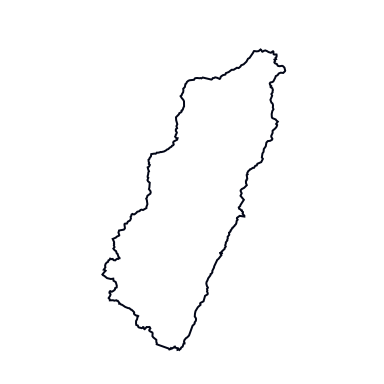 outline of Mueang Pan, Lampang, Thailand, rotated 16°
{"feature_id": "78962969B66536016204177", "entity_name": "Mueang Pan", "entity_type": "district", "adm_level": 2, "iso_a3": "THA", "parent_name": "Thailand", "parent_adm1": "Lampang", "projection": "albers", "projection_center": [99.445, 18.803], "detail": "fine", "context": "isolated", "style": "outline", "palette": "ink", "viewbox_px": 384, "rotation_deg": 16, "n_neighbors": 0, "source": "geoboundaries", "source_scale": "gbopen_adm2", "svg_char_len": 6053}
<svg xmlns="http://www.w3.org/2000/svg" viewBox="0 0 384 384"><g transform="rotate(16 192 192)"><path d="M253.7,109.3L254.9,107.1L255.3,105.9L255.4,104.1L254.1,103.4L255.1,100.7L253.6,100.1L252.4,99.2L248.9,98.8L248.1,98.0L247.1,95.1L246.9,92.0L247.5,90.0L246.4,88.5L246.1,86.7L245.5,85.4L244.8,84.6L243.7,84.2L242.0,81.8L242.5,77.3L241.3,76.0L242.0,74.0L241.6,72.7L241.7,71.7L240.5,70.0L238.7,69.6L238.5,69.3L239.0,68.3L237.4,67.4L236.8,66.1L237.2,65.1L238.7,64.3L239.7,63.3L240.5,59.3L240.6,57.5L242.1,56.1L242.7,54.2L244.3,52.9L246.9,52.4L248.1,50.2L248.1,49.6L246.6,47.0L244.9,46.0L243.8,45.9L241.6,46.9L240.2,47.1L239.4,46.8L238.5,45.7L236.4,45.4L235.5,44.8L235.4,44.0L235.8,43.2L234.8,42.0L236.2,41.1L235.3,40.1L236.0,38.7L235.6,37.0L235.3,36.5L233.1,37.2L232.6,37.1L232.2,36.7L231.6,34.7L231.2,34.4L230.8,34.6L229.5,36.4L227.0,36.4L225.3,35.9L223.5,35.7L222.3,36.4L221.1,37.7L220.5,37.6L219.4,36.4L218.6,36.1L217.2,38.2L215.4,39.0L213.2,39.3L212.6,39.6L212.4,41.1L210.4,47.2L209.1,48.5L208.4,51.7L206.4,55.1L204.4,56.6L204.0,58.1L202.7,60.0L200.9,60.2L198.4,63.0L196.4,63.6L194.2,66.6L191.8,68.4L191.7,69.9L189.5,71.2L188.3,72.6L187.9,73.4L187.8,75.2L187.4,75.7L184.7,75.3L182.7,75.4L181.5,76.5L180.6,76.8L180.2,78.1L179.6,78.6L170.8,79.0L169.7,80.2L168.9,80.1L167.8,80.6L165.4,81.0L164.0,81.6L163.4,82.1L163.0,83.6L159.0,85.2L157.9,86.0L156.8,87.6L156.5,89.4L155.9,90.1L156.2,93.0L155.1,95.2L155.7,96.6L156.0,98.6L155.4,100.5L155.4,101.7L154.6,103.0L156.5,104.7L158.1,105.7L159.3,107.0L160.8,112.0L160.5,112.9L160.4,115.5L159.5,116.6L159.9,117.5L159.3,118.6L158.1,119.7L158.0,120.9L156.0,124.6L157.0,127.4L159.2,130.9L158.9,133.0L160.1,134.8L159.3,135.9L159.3,136.7L159.7,137.8L161.0,138.9L161.1,139.3L160.9,140.6L160.6,141.2L160.8,142.0L160.5,143.4L161.6,144.3L162.4,144.5L163.3,144.3L163.3,145.8L160.4,148.6L160.3,149.7L161.3,151.3L161.1,152.2L160.1,153.0L159.7,154.2L158.3,155.6L157.4,157.3L156.4,157.9L155.6,159.1L154.0,160.7L151.5,162.1L150.5,162.3L150.0,162.8L148.3,163.7L147.4,163.8L146.6,165.2L145.2,165.5L142.4,166.8L142.7,169.1L141.9,171.1L141.9,172.1L141.3,173.0L142.0,174.9L142.8,175.8L142.7,176.9L144.0,177.6L143.7,179.4L142.6,180.5L144.0,182.9L145.0,184.0L144.6,185.0L145.0,187.1L145.0,189.1L145.4,190.1L146.1,190.4L145.9,192.8L146.9,193.9L148.8,194.7L149.8,199.5L149.8,201.1L151.8,202.6L152.4,203.7L152.4,205.1L150.2,207.9L150.2,209.9L149.8,211.0L150.8,212.2L152.5,216.0L152.3,218.9L152.6,220.0L149.9,222.8L148.3,222.9L147.4,223.5L146.9,224.8L144.8,226.1L144.3,227.3L142.9,229.3L141.8,229.6L140.8,229.5L140.1,230.3L140.2,231.8L139.8,232.7L140.6,234.3L140.3,236.4L138.5,238.2L138.2,240.2L136.3,240.9L136.0,241.3L136.1,242.1L137.5,245.2L137.3,246.1L136.8,247.0L132.5,249.1L132.5,251.3L134.0,253.5L134.0,253.9L131.9,255.8L131.4,256.8L128.7,259.0L131.0,261.7L131.1,263.0L131.6,263.5L131.5,264.7L132.7,266.3L132.0,268.1L133.7,269.3L135.3,269.8L136.6,271.8L137.5,272.0L139.1,274.5L140.4,275.2L140.6,275.7L139.8,276.1L139.5,276.7L138.5,276.8L137.6,277.9L137.0,278.9L135.4,279.1L134.2,278.2L133.3,278.7L131.7,278.6L131.4,280.0L130.5,280.8L130.6,282.2L129.4,283.4L128.7,285.2L128.8,286.9L129.5,288.3L128.6,291.0L129.6,291.0L130.7,291.5L129.8,293.1L128.6,296.0L129.3,296.5L130.8,296.8L134.1,298.2L138.0,298.0L140.2,297.0L141.0,298.9L143.5,299.6L145.5,302.7L145.9,304.5L144.6,305.6L144.8,307.0L143.8,308.6L142.4,310.0L140.7,309.8L140.3,310.5L140.4,311.7L141.2,312.0L142.0,313.1L141.8,314.8L141.1,316.9L142.6,317.9L142.9,318.8L146.0,317.8L147.2,317.9L149.3,316.9L150.1,317.3L150.7,317.1L152.3,318.3L152.9,319.5L153.7,319.1L155.0,319.8L155.9,319.7L159.5,320.9L162.6,321.2L163.9,321.0L165.7,321.9L166.3,321.8L169.2,323.3L169.7,323.9L169.7,324.8L170.3,325.5L172.7,326.2L173.9,325.9L174.5,326.1L174.1,327.6L174.3,329.4L173.8,331.4L174.5,334.0L175.1,335.2L176.7,335.3L177.8,336.7L178.8,336.9L179.2,336.7L181.0,336.8L181.8,336.3L182.1,335.4L182.6,335.3L183.6,336.7L184.3,336.9L185.6,334.3L187.3,333.9L188.1,333.5L188.8,333.7L189.6,334.7L189.0,336.0L189.1,337.0L190.1,337.5L192.6,338.0L193.1,338.7L193.7,341.5L194.8,342.4L198.4,343.9L199.1,346.1L199.8,346.9L200.0,348.1L212.8,348.9L213.6,349.6L214.3,349.1L214.7,348.1L215.1,348.4L215.4,347.8L216.0,347.9L216.6,347.1L217.8,346.4L217.7,345.6L218.2,345.3L219.0,346.2L221.8,346.1L221.9,346.4L221.3,347.0L221.6,347.8L222.5,347.3L222.7,346.9L223.4,347.2L223.6,346.5L224.2,346.1L224.5,344.5L225.6,343.2L225.7,340.1L226.6,339.7L226.4,339.0L225.6,338.2L225.5,336.6L226.4,334.3L227.5,333.0L228.7,330.8L229.4,320.4L230.6,318.4L230.8,317.7L230.5,316.6L231.2,314.7L230.9,312.9L230.0,311.7L229.0,311.0L228.4,308.2L228.2,305.6L229.4,301.1L231.3,298.1L230.6,297.1L230.7,296.3L233.2,293.9L233.2,288.2L235.1,286.2L235.2,285.7L235.0,284.9L233.8,283.4L233.9,282.4L233.1,281.0L233.6,280.0L233.6,279.4L232.6,278.7L231.5,277.0L231.0,276.0L230.8,274.5L231.2,272.9L231.4,270.4L232.7,267.0L232.5,265.8L233.2,265.2L233.7,263.7L233.3,262.1L234.0,258.5L233.8,257.5L235.0,250.2L235.8,249.2L237.7,244.5L236.1,243.3L235.9,242.9L237.5,242.4L236.8,241.4L239.0,237.7L238.9,236.5L239.5,235.2L238.6,234.1L238.7,232.1L238.4,231.1L239.3,228.8L239.0,228.1L239.2,226.8L238.6,225.3L239.6,222.8L238.8,220.9L239.7,219.7L239.9,218.7L239.7,218.3L240.2,217.4L240.7,215.3L241.2,215.0L241.6,213.7L242.1,213.2L242.4,212.0L243.0,211.1L243.2,209.6L242.9,207.5L243.5,206.1L242.5,205.2L242.4,204.4L244.4,201.8L249.1,201.2L248.9,200.4L246.6,198.9L246.7,197.8L246.4,197.1L245.4,196.8L245.0,195.9L244.2,196.0L243.5,195.4L241.9,195.1L241.2,193.9L242.2,192.3L242.2,191.1L244.0,185.2L239.7,182.3L240.1,179.5L238.7,178.0L238.3,177.0L239.0,175.5L241.0,173.6L242.8,170.3L241.5,168.7L240.8,166.6L241.3,165.8L241.0,165.0L241.5,164.1L239.9,160.6L240.6,159.7L240.0,159.1L239.9,158.3L240.5,156.0L241.3,155.2L241.5,154.3L242.6,153.5L243.7,152.1L244.9,151.7L245.6,149.4L246.9,148.6L247.1,146.8L250.3,144.2L251.0,140.6L249.6,139.5L249.1,135.5L249.7,133.7L249.2,130.9L250.3,127.8L249.9,124.0L250.8,122.2L253.1,121.2L254.6,119.6L254.6,118.7L253.1,117.2L252.7,116.4L253.2,113.0L252.6,111.0L253.3,109.6L253.7,109.3Z" fill="none" stroke="#020617" stroke-width="2"/></g></svg>